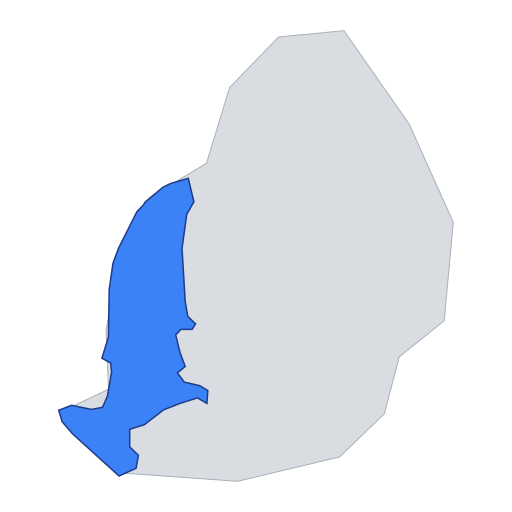 Mauritius, with Rivière Noire highlighted
{"feature_id": "MUS-5193", "entity_name": "Rivière Noire", "entity_type": "District", "adm_level": 1, "iso_a3": "MUS", "parent_name": "Mauritius", "parent_adm1": "", "projection": "mercator", "projection_center": [57.418, -20.334], "detail": "fine", "context": "in_parent", "style": "filled", "palette": "blue", "viewbox_px": 512, "rotation_deg": 0, "n_neighbors": 0, "source": "natural_earth", "source_scale": "10m", "svg_char_len": 1024}
<svg xmlns="http://www.w3.org/2000/svg" viewBox="0 0 512 512"><path d="M339.6,456.9L237.5,481.3L123.2,473.1L78.7,426.8L70.1,407.5L108.5,389.2L106.0,329.9L125.1,236.1L149.6,197.5L206.5,163.2L229.6,87.5L278.7,36.9L343.9,30.7L409.1,124.0L453.3,222.3L444.2,320.7L399.2,356.8L384.4,413.7L339.6,456.9Z" fill="#d9dde1" stroke="#a8b0b8" stroke-width="1"/><path d="M136.1,468.2L119.0,476.0L72.5,433.8L62.2,421.8L58.7,410.3L71.5,405.3L91.5,409.4L102.5,407.3L107.4,396.2L111.6,372.0L110.7,363.1L101.9,358.2L108.4,337.1L109.2,289.6L112.9,263.5L118.4,248.5L136.8,211.9L143.5,204.8L145.1,202.1L163.0,187.2L170.8,183.4L188.3,178.3L189.5,183.5L193.9,201.8L186.7,214.4L184.9,227.8L182.0,248.6L182.7,259.7L184.5,289.7L185.2,301.6L187.8,316.4L194.0,322.4L195.6,323.8L192.1,329.4L180.9,329.4L175.7,334.9L180.0,352.5L185.2,366.4L177.4,372.9L184.3,382.1L200.0,385.8L207.8,390.5L206.9,403.4L197.4,397.9L180.0,403.4L163.5,409.9L144.4,424.7L129.7,429.3L129.7,446.9L138.4,455.3L136.1,468.2Z" fill="#3b82f6" stroke="#1e3a8a" stroke-width="1.5"/></svg>